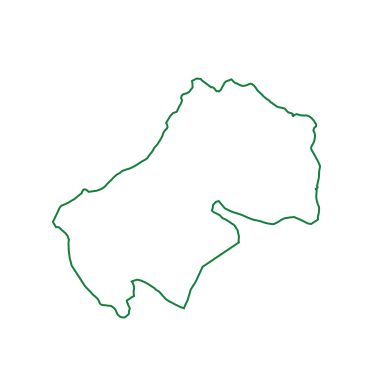 Al Makhadir, Ibb, Yemen, rotated 57°
{"feature_id": "15242507B59993848545507", "entity_name": "Al Makhadir", "entity_type": "district", "adm_level": 2, "iso_a3": "YEM", "parent_name": "Yemen", "parent_adm1": "Ibb", "projection": "mercator", "projection_center": [44.207, 14.141], "detail": "fine", "context": "isolated", "style": "outline", "palette": "green", "viewbox_px": 384, "rotation_deg": 57, "n_neighbors": 0, "source": "geoboundaries", "source_scale": "gbopen_adm2", "svg_char_len": 5275}
<svg xmlns="http://www.w3.org/2000/svg" viewBox="0 0 384 384"><g transform="rotate(57 192 192)"><path d="M102.1,123.0L99.4,126.2L98.9,131.5L101.5,132.7L104.7,134.6L105.6,137.4L106.5,140.1L106.4,142.7L105.3,145.8L105.3,147.1L105.8,148.5L107.1,149.9L109.6,150.3L110.8,151.7L112.0,153.4L113.0,155.6L116.0,160.5L116.4,161.2L115.8,163.7L115.5,164.7L116.2,167.9L117.2,170.5L117.9,171.9L118.0,172.1L120.0,176.1L122.6,176.4L124.5,177.4L125.3,179.1L125.1,179.2L125.3,180.1L125.8,181.5L126.3,183.0L127.2,184.4L128.2,185.5L129.1,186.7L130.0,188.3L130.8,189.9L131.5,191.3L132.1,192.8L132.8,194.1L133.3,195.6L133.8,197.0L134.1,198.5L134.6,200.0L135.5,201.5L135.8,202.2L135.9,202.4L136.2,202.9L136.8,204.3L137.3,205.9L137.8,207.6L138.4,209.1L139.2,210.5L139.4,212.0L139.4,213.7L139.3,215.4L139.1,217.0L139.1,218.7L139.1,220.2L139.1,221.9L139.1,223.8L139.1,225.3L138.9,226.8L138.8,228.3L138.6,229.9L138.4,231.4L137.9,232.9L137.4,234.7L137.0,236.3L136.6,237.9L136.4,239.2L136.5,240.8L136.7,242.3L136.6,244.1L136.4,245.6L136.7,247.2L136.9,248.6L137.2,250.2L137.6,251.7L137.9,253.2L138.3,254.7L138.6,256.4L138.9,257.9L139.2,259.5L139.7,261.0L140.1,262.7L140.2,264.7L140.1,266.3L139.8,267.9L139.4,269.8L138.9,271.5L138.2,272.9L137.5,274.5L136.7,276.2L136.0,277.7L135.8,278.3L134.8,278.8L133.7,279.1L132.5,279.5L131.4,280.4L131.0,281.2L131.0,281.8L131.1,282.5L131.6,283.3L131.9,283.8L132.3,284.4L133.0,285.5L132.9,285.7L133.6,292.1L133.9,294.5L133.7,297.3L133.6,301.1L133.2,304.7L132.7,307.2L132.3,308.8L132.5,309.7L133.0,311.3L133.7,312.6L134.1,313.1L139.9,322.5L141.2,324.9L147.4,325.2L148.2,323.8L149.5,322.8L152.6,322.0L157.9,320.5L161.0,320.3L164.9,321.2L167.4,323.3L171.4,325.7L174.1,327.3L180.9,330.6L188.3,333.0L206.2,333.0L212.9,333.0L221.9,331.3L223.6,331.1L225.2,330.7L225.7,330.5L226.6,330.2L228.2,329.8L229.7,329.4L231.2,329.3L232.7,329.4L234.2,329.8L235.8,329.9L237.3,329.3L238.4,328.2L239.4,326.9L240.4,325.6L241.6,324.3L242.5,323.1L243.6,321.9L245.1,321.2L246.6,320.8L248.2,320.4L249.8,320.4L251.3,320.7L252.9,321.0L254.4,321.1L255.9,320.7L257.4,320.2L258.7,319.3L259.7,318.1L260.1,317.4L260.6,316.5L260.4,314.9L260.1,312.0L259.6,311.1L258.4,310.4L256.9,309.0L256.0,307.7L255.2,307.4L252.2,307.1L251.4,306.9L250.8,306.7L249.2,306.5L247.5,305.8L247.5,304.3L247.6,303.4L247.4,300.2L247.7,297.4L246.9,296.9L245.4,296.2L244.1,295.4L242.7,294.5L241.5,293.2L240.2,292.4L238.7,291.8L237.1,291.6L235.7,291.1L235.4,291.1L235.0,291.2L234.7,291.3L234.3,291.4L234.2,291.4L234.4,290.3L235.6,285.8L238.5,283.0L243.0,280.1L247.5,277.9L251.9,276.0L254.2,275.5L257.8,273.8L262.5,273.1L267.3,272.4L271.2,270.8L271.6,270.4L276.9,267.5L281.8,264.6L285.1,262.1L284.3,261.0L280.1,254.4L276.0,249.5L273.1,246.2L270.3,240.0L269.1,237.5L268.0,235.7L260.5,223.9L260.3,211.1L260.1,198.9L259.8,180.0L258.7,179.8L254.9,176.9L248.9,174.6L242.8,174.6L239.1,176.2L233.8,178.5L232.8,179.2L231.3,180.2L229.8,180.8L228.6,181.0L226.8,181.3L219.8,185.2L218.2,185.4L217.1,183.7L214.2,181.2L213.3,177.2L214.2,174.5L221.5,173.6L223.4,173.4L224.7,172.7L226.0,171.9L227.5,171.0L228.9,170.2L230.2,169.3L230.8,168.8L231.6,168.3L232.8,167.3L234.0,166.2L235.5,165.0L236.7,164.0L237.9,163.1L239.4,162.0L240.7,161.2L243.4,159.5L244.6,158.7L245.9,157.7L247.3,156.6L248.5,155.7L249.8,154.6L250.8,153.5L251.9,152.3L253.2,151.1L254.6,149.8L256.0,148.8L256.9,148.1L257.3,147.7L258.5,146.7L259.7,145.5L260.7,144.4L261.7,143.3L262.8,142.1L263.6,140.2L264.1,135.4L263.9,132.8L264.1,131.0L264.4,129.1L266.8,123.4L268.7,119.9L274.9,115.8L281.7,111.8L283.7,109.5L283.7,101.3L281.5,100.1L280.8,99.4L279.8,98.2L278.5,97.0L277.3,96.0L276.0,95.0L274.1,93.8L272.6,93.4L271.1,93.2L269.3,92.7L267.7,92.2L266.3,91.7L264.9,91.1L263.4,90.2L261.9,89.1L260.7,88.2L259.4,87.2L258.1,86.2L257.7,86.3L257.3,86.5L257.2,86.7L256.9,86.7L256.7,86.4L256.9,85.2L256.9,84.6L256.6,84.2L256.2,84.0L255.9,83.9L255.5,84.1L254.3,83.1L253.1,81.9L252.0,80.8L250.8,79.5L249.6,78.3L248.3,77.2L247.1,76.3L245.7,75.3L244.2,74.3L242.9,73.2L241.6,71.9L240.4,70.8L239.0,70.3L237.5,70.0L235.9,69.8L234.3,69.6L232.8,69.5L231.3,69.4L229.6,69.2L228.0,69.1L226.4,69.0L224.8,68.9L223.3,68.9L221.8,68.8L220.3,68.4L219.2,67.4L218.3,66.1L217.6,64.6L216.8,63.1L215.9,61.8L214.8,60.7L213.6,59.7L212.5,58.7L211.1,57.8L209.6,57.2L208.1,56.9L206.5,56.7L204.8,54.6L204.5,52.3L203.4,51.2L201.6,51.0L200.0,51.0L198.4,51.0L196.9,51.2L195.2,51.5L193.8,51.9L192.1,52.7L190.7,53.7L189.8,54.9L188.9,56.3L188.0,57.7L187.0,58.9L185.8,60.0L184.6,61.0L183.8,61.7L183.2,63.9L183.5,65.6L183.2,65.9L182.7,66.0L182.3,65.8L182.2,65.5L181.8,65.1L180.3,65.5L180.0,65.9L178.8,66.9L177.7,67.9L175.0,68.5L172.8,68.7L171.8,69.4L167.2,74.0L165.4,74.7L163.9,75.3L162.4,76.0L160.8,76.4L159.5,77.2L158.0,77.3L156.6,77.8L155.1,78.5L153.5,79.1L151.9,79.6L150.3,80.0L148.7,80.2L147.0,80.6L145.4,81.1L143.6,81.5L142.1,81.8L140.6,81.8L139.0,81.8L137.3,81.9L135.7,82.3L134.3,82.9L133.0,83.9L132.6,85.5L132.4,87.0L132.0,88.5L131.5,90.1L130.8,91.5L129.7,92.6L128.5,93.5L127.0,94.4L125.5,95.2L124.2,96.3L123.5,96.7L119.0,97.6L118.2,101.7L117.8,103.2L118.0,104.8L118.7,106.2L119.5,107.6L120.3,109.1L121.0,110.5L121.9,111.8L122.2,113.6L122.3,114.7L121.4,115.5L120.8,116.6L119.3,116.8L117.7,116.8L116.3,117.2L115.3,117.8L114.3,119.1L112.8,119.6L103.5,123.0L102.1,123.0Z" fill="none" stroke="#15803d" stroke-width="2"/></g></svg>